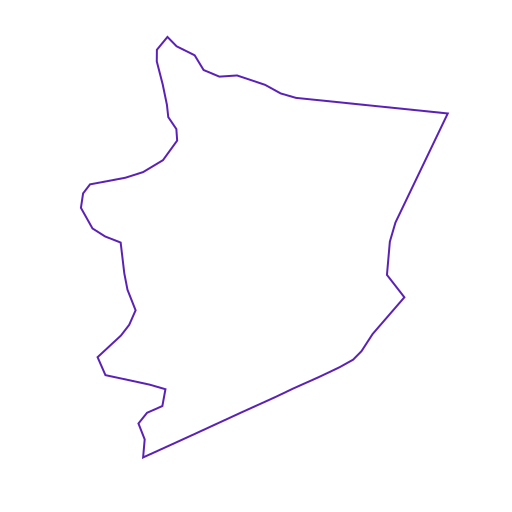 outline of Lagoa de Itaenga, Pernambuco, Brazil, rotated 275°
{"feature_id": "56859067B83108887240986", "entity_name": "Lagoa de Itaenga", "entity_type": "district", "adm_level": 2, "iso_a3": "BRA", "parent_name": "Brazil", "parent_adm1": "Pernambuco", "projection": "equal_earth", "projection_center": [-35.295, -7.91], "detail": "fine", "context": "isolated", "style": "outline", "palette": "violet", "viewbox_px": 512, "rotation_deg": 275, "n_neighbors": 0, "source": "geoboundaries", "source_scale": "gbopen_adm2", "svg_char_len": 826}
<svg xmlns="http://www.w3.org/2000/svg" viewBox="0 0 512 512"><g transform="rotate(275 256 256)"><path d="M288.7,77.4L269.2,90.7L262.3,104.0L257.6,120.0L227.3,126.3L211.2,130.9L191.4,140.8L176.4,135.7L165.0,128.4L141.4,107.0L124.2,116.4L118.6,161.1L115.4,177.4L98.4,175.8L90.3,161.1L78.9,153.5L63.6,161.1L45.5,161.1L69.5,203.6L98.8,254.9L117.2,287.6L127.5,305.1L141.4,330.1L152.4,348.8L161.2,361.8L170.4,369.4L188.5,379.0L209.8,394.4L227.8,407.4L248.6,388.1L265.6,388.1L282.0,388.1L301.5,392.0L414.7,434.6L417.0,282.1L420.1,266.4L427.3,250.1L434.2,221.4L431.5,203.9L436.7,187.6L450.6,177.4L458.0,158.6L466.5,148.7L452.8,139.3L441.2,140.2L418.8,148.1L398.8,154.1L386.7,156.5L375.5,165.6L364.1,167.4L343.4,155.0L329.8,136.3L322.6,119.1L312.9,84.4L303.3,78.3L288.7,77.4Z" fill="none" stroke="#5b21b6" stroke-width="2"/></g></svg>